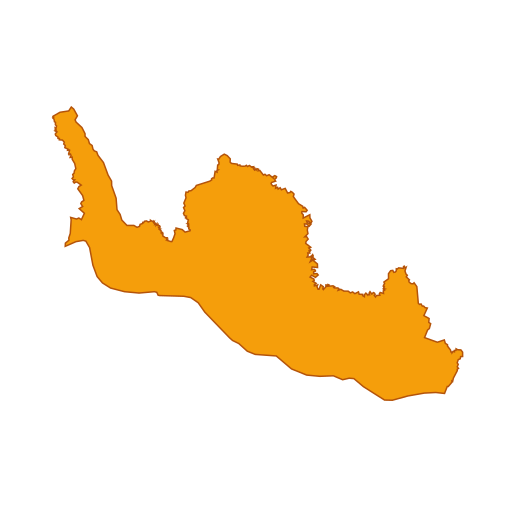 the district of Mueang Bueng Kan, Bueng Kan, Thailand, rotated 185°
{"feature_id": "78962969B58196939194054", "entity_name": "Mueang Bueng Kan", "entity_type": "district", "adm_level": 2, "iso_a3": "THA", "parent_name": "Thailand", "parent_adm1": "Bueng Kan", "projection": "robinson", "projection_center": [103.635, 18.285], "detail": "fine", "context": "isolated", "style": "filled", "palette": "amber", "viewbox_px": 512, "rotation_deg": 185, "n_neighbors": 0, "source": "geoboundaries", "source_scale": "gbopen_adm2", "svg_char_len": 6080}
<svg xmlns="http://www.w3.org/2000/svg" viewBox="0 0 512 512"><g transform="rotate(185 256 256)"><path d="M446.9,249.0L436.6,254.6L429.5,256.5L426.8,256.0L422.5,249.9L417.7,232.7L412.5,221.7L406.6,215.8L398.1,211.4L383.9,209.0L369.3,208.9L354.1,211.6L351.7,211.2L350.1,208.4L348.5,208.2L324.4,209.6L317.4,208.9L309.5,204.4L302.1,195.6L275.2,172.2L272.0,169.8L265.5,167.3L256.4,160.4L248.2,157.9L227.1,158.2L210.8,146.6L195.2,141.8L181.9,141.7L168.5,143.4L158.9,140.3L152.5,142.4L147.8,142.4L137.6,135.2L115.4,123.7L107.6,124.2L92.5,129.8L76.4,134.1L65.0,135.7L56.2,135.5L54.1,142.7L53.1,142.7L49.9,147.2L50.0,148.6L49.2,148.2L48.7,151.6L45.5,159.3L45.7,160.7L44.5,161.7L45.9,163.1L45.1,165.7L46.3,167.1L45.5,170.4L43.6,171.4L43.4,173.6L41.4,173.9L41.8,178.2L43.7,180.3L46.9,180.2L48.6,181.0L48.6,179.4L50.1,179.2L50.0,177.9L51.3,178.2L52.3,176.6L52.5,177.4L53.5,177.4L54.0,179.2L57.4,183.0L57.5,184.3L59.8,185.5L61.1,188.8L67.8,185.9L81.0,189.4L78.6,197.3L77.0,198.8L76.1,203.8L78.1,204.9L78.1,208.8L83.6,211.2L80.8,219.1L83.1,219.3L84.6,220.7L86.0,220.6L87.4,222.6L88.9,222.0L90.2,223.1L93.1,239.5L96.2,243.1L97.1,242.0L99.2,242.0L101.2,243.4L101.7,244.7L101.1,245.6L104.5,248.3L103.6,250.0L105.0,251.1L106.3,254.1L105.5,257.7L106.3,257.0L107.3,258.8L108.1,258.4L108.0,256.5L112.9,256.6L114.2,255.3L115.1,255.5L115.0,253.2L115.9,252.1L117.3,251.7L118.5,253.6L120.6,253.1L122.5,249.9L122.0,244.9L126.3,241.2L125.5,239.7L126.5,237.8L125.7,237.0L126.4,236.7L125.6,235.6L126.2,234.7L124.8,234.4L125.9,233.9L125.0,233.1L126.2,232.3L125.7,229.8L129.1,230.5L129.8,229.1L129.2,227.7L132.6,227.1L133.4,225.6L134.8,227.1L134.0,228.2L134.8,229.4L135.9,229.8L137.3,228.2L139.3,230.4L140.0,229.1L139.5,227.3L140.9,227.5L141.2,226.7L143.3,228.6L144.6,226.9L144.5,224.9L146.3,225.8L146.4,227.1L149.9,226.9L150.8,229.2L154.2,227.1L156.6,228.6L158.8,227.5L161.1,229.0L165.4,228.7L168.6,230.2L171.2,229.0L170.6,230.7L171.6,231.3L175.3,231.0L175.9,231.6L175.1,232.3L176.6,233.0L182.0,232.1L180.8,233.5L181.9,233.9L182.1,233.2L183.8,233.3L183.7,231.4L186.0,228.4L186.6,229.1L186.3,231.3L189.0,232.9L190.3,228.4L191.3,228.3L192.6,230.8L192.1,232.5L195.2,231.3L195.4,232.5L193.7,234.0L197.1,235.7L195.9,236.6L196.3,238.1L200.3,239.7L198.9,241.7L194.9,239.9L192.4,242.5L193.7,243.8L197.1,243.3L197.2,245.3L195.5,246.1L195.6,246.9L196.8,247.8L199.4,247.2L199.1,250.0L193.7,249.9L194.1,253.4L198.9,256.8L196.8,257.8L198.5,259.0L199.6,256.4L201.5,255.0L200.4,258.1L200.9,260.2L199.6,259.6L199.0,261.0L199.7,262.3L201.3,260.0L205.0,259.4L204.1,261.5L204.7,263.5L202.7,263.6L203.5,265.8L202.5,265.6L201.9,266.6L204.1,268.6L202.3,269.5L207.6,272.9L207.4,274.9L205.5,277.4L207.3,279.7L209.0,279.4L206.2,282.8L207.2,286.4L206.8,289.6L210.0,289.8L210.5,292.2L208.3,292.3L205.6,290.3L204.0,292.5L207.9,293.7L208.7,295.3L206.8,295.3L204.2,293.6L203.3,295.4L205.6,298.7L206.0,301.8L212.3,297.9L212.5,301.1L214.2,302.7L214.1,304.3L210.0,304.4L209.0,306.0L211.8,308.7L213.2,307.9L213.8,309.6L218.2,311.8L224.0,318.4L223.5,321.0L225.3,322.6L227.0,323.4L227.6,322.2L230.0,321.5L232.8,325.9L236.5,324.2L237.9,326.1L239.8,324.6L240.5,326.3L242.4,325.2L242.2,328.4L245.1,327.2L246.3,328.1L247.3,329.5L246.9,330.6L243.0,332.3L243.8,333.1L243.7,334.8L242.6,335.5L242.4,336.9L244.3,337.7L246.0,336.5L245.7,335.2L250.0,338.1L252.4,336.9L254.2,338.2L255.7,337.3L259.7,341.6L261.3,341.1L261.1,342.7L262.7,343.1L263.3,341.7L264.1,342.6L264.9,341.5L266.0,342.6L265.3,343.7L267.1,343.9L266.5,344.7L268.5,344.4L270.4,345.6L272.3,344.4L273.5,345.5L274.8,344.5L277.6,344.2L279.7,344.4L280.0,345.3L282.2,344.7L282.7,345.9L288.5,346.1L290.0,347.3L290.1,350.5L293.4,353.5L296.5,354.7L300.1,352.0L301.5,349.3L302.6,349.3L300.9,345.6L301.1,343.8L302.1,343.3L302.1,338.6L301.2,338.5L302.4,337.6L302.1,336.1L304.1,336.8L304.6,330.1L306.0,330.0L307.0,329.0L306.8,327.9L308.6,326.5L321.6,321.1L322.6,318.9L326.4,315.4L328.6,314.9L329.3,313.5L331.3,313.6L331.6,310.4L330.8,307.8L332.5,302.4L331.0,299.6L332.4,298.0L330.8,294.9L332.0,292.2L330.8,290.0L328.8,289.6L329.5,288.1L328.7,288.1L328.8,287.2L326.6,286.2L327.0,283.1L326.4,282.5L327.1,282.2L325.9,281.8L326.5,281.0L325.7,280.2L326.7,279.7L325.3,278.5L325.4,277.2L323.8,276.2L323.9,275.4L328.7,273.6L331.8,275.9L338.1,276.9L338.1,275.0L339.6,274.3L338.6,271.1L339.7,266.8L341.0,263.1L341.8,262.9L345.5,263.7L345.4,264.8L346.5,264.3L346.0,266.4L347.8,266.3L350.6,267.9L350.7,270.3L351.3,270.0L351.4,271.2L352.4,270.7L352.7,272.8L354.6,274.1L353.9,274.5L354.5,274.6L355.3,275.7L354.2,275.7L354.2,277.2L355.0,277.6L355.5,276.8L355.2,277.8L356.3,277.8L356.3,278.9L357.4,278.3L357.5,279.3L358.2,278.2L358.2,279.1L359.6,278.6L359.2,280.0L360.5,280.0L360.4,281.1L360.9,280.5L361.5,281.9L362.1,281.3L364.0,282.3L363.8,281.7L366.3,280.5L368.1,281.4L370.1,280.9L370.9,279.4L371.7,279.6L371.9,278.5L374.2,277.4L374.6,275.4L377.0,274.2L380.3,275.8L387.2,275.2L392.8,280.1L395.0,285.6L398.5,290.0L400.4,301.4L405.9,313.5L406.4,318.0L410.4,323.7L416.1,335.8L422.2,342.5L423.8,345.9L426.2,346.6L427.7,348.2L428.9,351.8L431.7,353.5L433.2,357.3L436.7,360.2L437.0,363.0L440.6,368.8L446.9,373.7L448.1,375.9L446.1,380.1L450.4,386.5L453.0,388.3L455.2,384.2L463.8,382.1L470.3,377.6L470.6,376.7L469.7,376.5L470.2,375.5L469.1,374.7L468.5,372.2L467.4,371.7L467.3,369.3L466.0,368.2L466.4,365.9L467.0,366.1L466.4,365.1L467.1,364.8L466.2,363.9L467.2,363.2L465.1,362.3L466.6,360.0L466.0,358.6L463.7,357.3L463.5,355.9L462.1,355.9L462.1,354.6L458.9,354.6L456.9,352.7L457.3,350.8L455.6,349.4L455.9,347.3L452.6,346.0L452.9,344.9L452.0,345.1L452.1,345.8L450.9,345.2L451.6,341.3L451.1,340.6L450.8,341.5L449.7,341.4L449.0,339.9L449.7,338.0L447.7,338.4L447.5,336.3L444.7,332.4L443.1,327.3L444.3,325.1L444.5,322.5L445.7,321.3L444.8,318.8L446.0,317.2L444.7,316.0L443.2,316.0L444.6,314.0L443.4,312.8L441.9,314.0L440.5,313.9L436.3,311.4L438.4,309.8L439.4,307.4L434.0,301.1L432.3,296.4L434.4,294.7L435.1,293.0L433.0,290.2L436.3,287.8L430.7,283.6L433.1,277.0L435.8,278.4L438.0,277.2L444.0,278.3L443.3,275.9L443.0,262.3L444.1,257.6L443.7,255.5L447.0,252.2L446.9,249.0Z" fill="#f59e0b" stroke="#b45309" stroke-width="1.5"/></g></svg>